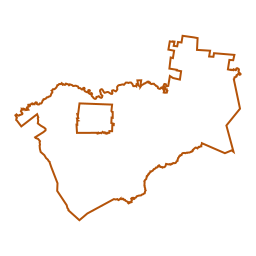 Linares, Nuevo León, Mexico
{"feature_id": "50627088B38143273708345", "entity_name": "Linares", "entity_type": "district", "adm_level": 2, "iso_a3": "MEX", "parent_name": "Mexico", "parent_adm1": "Nuevo León", "projection": "mercator", "projection_center": [-99.477, 24.853], "detail": "fine", "context": "isolated", "style": "outline", "palette": "amber", "viewbox_px": 256, "rotation_deg": 0, "n_neighbors": 0, "source": "geoboundaries", "source_scale": "gbopen_adm2", "svg_char_len": 5713}
<svg xmlns="http://www.w3.org/2000/svg" viewBox="0 0 256 256"><path d="M168.4,49.6L174.1,50.7L172.9,58.1L170.7,57.5L169.4,68.6L176.8,69.8L176.7,70.4L181.1,71.2L179.9,79.6L173.0,78.0L169.9,76.0L168.1,86.7L168.0,86.3L166.4,86.0L165.8,84.2L164.4,84.0L163.2,86.5L164.2,86.7L164.1,87.5L165.4,87.5L165.3,89.4L166.8,89.4L166.7,90.8L167.3,90.9L166.8,92.6L164.5,92.7L163.7,92.5L164.1,90.9L163.4,89.5L163.9,89.5L164.0,88.5L162.3,88.4L161.5,88.0L161.2,87.6L159.9,88.9L158.5,88.5L157.9,88.0L157.8,87.0L157.4,86.4L156.2,86.1L155.9,85.5L154.3,84.4L154.0,83.8L152.9,83.7L151.8,84.1L150.4,83.7L150.1,83.4L150.1,82.7L148.9,82.7L149.0,81.9L148.7,81.6L147.3,81.7L146.9,82.4L145.9,82.7L145.3,83.3L144.3,83.4L144.0,83.9L142.1,84.9L141.2,85.7L140.4,86.9L140.4,85.5L141.2,80.3L137.4,80.4L138.2,85.1L137.3,84.3L136.6,84.1L136.3,86.3L135.6,85.8L134.2,86.2L133.3,86.1L132.3,83.9L130.9,82.5L129.2,82.6L128.4,83.0L127.4,82.6L125.9,82.6L123.9,84.8L123.0,84.4L122.1,84.5L119.8,85.1L119.3,85.0L118.1,85.6L117.1,87.0L117.3,89.5L116.0,91.3L115.8,91.4L113.4,90.2L112.2,90.5L112.0,90.9L112.4,93.2L112.0,93.9L111.1,93.9L108.3,92.1L107.3,92.0L104.6,92.8L104.1,92.4L102.3,89.5L101.7,89.2L101.0,89.4L100.2,90.1L100.0,91.1L100.7,92.9L100.8,94.2L102.4,95.8L102.0,97.3L101.4,97.8L100.7,97.7L99.7,97.2L99.4,96.6L98.7,96.2L97.5,96.8L96.5,96.9L96.1,98.4L95.7,98.8L95.0,98.9L93.7,98.2L93.0,97.2L91.8,96.0L91.5,95.0L92.1,94.0L91.6,93.1L91.1,93.0L90.2,94.0L89.6,93.8L88.7,93.1L88.9,91.6L89.9,90.8L89.5,90.1L88.5,90.1L87.7,92.0L87.0,92.2L85.2,91.4L84.6,90.8L84.2,89.6L84.6,88.5L84.3,87.9L83.9,87.8L83.1,88.2L82.8,89.4L81.9,89.5L80.1,88.1L78.6,88.1L78.1,86.6L75.8,85.7L73.1,86.0L72.1,85.1L69.7,84.3L69.4,84.4L69.2,85.2L69.0,85.3L68.3,84.4L65.9,83.6L65.6,83.9L65.6,84.5L65.2,84.8L64.2,84.8L63.4,84.2L62.7,84.7L61.7,83.2L60.8,84.1L59.2,84.0L58.2,85.1L57.4,85.1L56.7,86.9L55.7,88.2L54.4,89.2L53.0,89.2L52.7,89.5L52.3,90.3L51.7,90.6L52.3,91.3L52.3,92.6L51.5,93.3L50.6,95.8L49.8,96.4L48.5,96.7L47.9,97.3L46.7,97.4L45.8,98.6L44.6,99.1L43.6,99.2L43.4,100.0L42.7,100.4L42.0,102.4L41.3,103.4L40.7,103.6L39.8,103.4L38.9,104.5L37.6,104.4L36.9,104.0L36.8,102.6L35.9,102.3L35.3,102.7L34.6,104.2L34.0,103.9L33.1,104.3L32.8,103.6L32.3,103.4L31.9,103.9L31.4,103.8L31.1,104.2L30.2,104.6L30.1,105.3L29.3,104.7L28.3,104.8L28.3,105.4L28.8,106.6L27.0,107.4L26.8,107.9L27.0,108.9L27.8,108.7L28.4,109.7L26.4,110.0L25.7,109.7L25.2,110.0L24.8,109.1L23.5,108.7L23.5,109.3L23.2,109.6L22.6,109.2L22.2,109.5L21.7,109.1L21.7,110.1L21.3,110.3L20.9,111.3L22.4,113.3L22.4,113.6L21.9,113.9L22.0,114.3L19.8,115.1L19.5,115.0L18.8,115.7L17.8,115.4L16.7,114.6L16.6,115.2L15.8,115.0L15.4,115.3L16.9,117.8L16.5,118.2L16.2,120.0L17.0,120.7L21.3,126.4L37.1,114.2L38.3,117.5L37.8,118.1L38.2,120.6L37.8,123.4L40.7,125.6L44.4,127.8L45.6,129.0L45.5,130.4L43.3,132.2L35.1,137.3L35.6,138.0L38.1,138.9L40.0,141.2L39.6,142.1L40.0,144.9L39.6,145.5L39.9,148.9L40.7,152.0L44.3,155.1L46.1,158.1L47.8,159.6L48.6,161.0L49.7,162.0L49.6,162.3L51.3,167.2L57.5,183.2L57.2,190.9L66.7,205.2L67.4,208.0L68.5,209.5L68.4,210.3L79.4,220.2L87.3,213.5L113.9,199.1L115.7,199.5L117.4,199.1L118.1,199.9L118.6,200.1L120.6,198.5L120.6,199.1L122.3,199.2L122.7,198.7L123.3,198.8L123.9,199.8L125.0,199.9L125.4,200.7L128.5,202.2L128.6,202.5L128.2,203.0L128.6,203.4L129.3,203.0L129.7,202.2L130.6,202.5L131.6,202.0L131.2,201.3L131.9,200.3L131.2,198.6L132.0,197.9L133.4,197.8L133.8,198.2L133.6,198.9L133.9,199.1L134.4,198.8L134.5,198.1L136.1,197.4L136.7,196.3L138.8,195.6L141.0,195.4L142.1,194.5L143.2,194.2L144.0,193.5L144.7,193.3L145.1,191.2L145.7,190.3L145.1,189.4L145.2,188.3L144.7,187.2L144.7,185.9L144.4,185.7L144.6,182.5L144.4,181.7L144.6,181.7L144.6,181.1L145.0,180.1L146.2,179.0L146.6,177.3L147.0,176.7L146.7,176.3L146.8,176.0L147.9,175.3L148.2,174.3L148.8,174.2L149.0,173.5L149.5,173.2L149.6,172.7L151.0,171.7L150.8,171.4L151.5,171.3L152.7,170.7L153.8,169.1L154.4,169.1L155.7,168.1L155.9,167.6L157.0,167.5L157.8,166.5L158.4,166.5L158.3,165.8L159.1,165.3L160.6,167.0L161.1,166.9L162.3,167.5L162.5,167.1L163.9,167.3L165.0,166.7L165.5,166.0L166.1,163.9L168.4,164.4L169.7,164.1L170.2,164.7L170.7,164.6L171.6,164.1L171.6,163.8L172.4,163.8L173.2,163.0L174.3,163.2L175.5,163.0L176.2,162.2L176.5,161.4L177.6,160.8L177.5,159.9L177.7,159.7L178.1,158.0L178.7,157.6L179.1,156.3L180.1,155.9L180.3,155.1L181.5,155.1L181.8,154.1L182.5,153.2L184.1,152.9L185.3,153.2L186.5,152.7L187.2,152.9L187.6,152.6L189.7,152.5L191.0,151.7L191.6,151.8L192.4,151.2L192.4,150.8L192.7,150.8L192.9,149.9L193.3,149.8L193.6,149.2L195.5,147.6L196.3,147.7L197.5,148.4L198.6,146.9L199.5,147.1L200.4,146.3L201.3,146.3L201.3,145.0L201.8,144.2L201.9,143.2L224.9,153.2L231.6,150.4L233.5,151.8L226.4,125.5L240.0,108.7L233.8,79.2L234.3,78.8L234.5,77.3L236.4,76.7L236.7,76.1L236.4,75.4L236.6,75.1L237.4,74.8L238.3,73.7L238.7,73.7L238.9,74.3L239.7,74.8L240.5,74.4L240.6,74.0L238.7,72.0L238.5,71.3L238.9,70.2L238.9,69.3L237.6,68.3L237.0,68.2L236.3,68.6L236.3,69.8L235.7,70.2L233.6,69.3L233.3,70.2L231.1,69.7L231.0,70.0L227.9,69.4L229.4,59.9L233.2,60.2L234.4,54.9L214.0,53.2L213.4,56.8L209.1,56.5L210.1,50.7L197.0,49.9L197.6,38.1L193.9,37.4L182.6,35.8L181.5,42.5L178.0,42.0L177.2,46.3L173.7,45.9L174.5,41.6L172.8,41.4L172.7,41.8L169.8,41.4L168.4,49.6ZM79.5,103.4L112.1,104.6L111.4,111.0L112.0,111.9L112.7,112.0L112.7,117.8L111.6,117.6L111.3,123.0L113.8,123.8L113.7,125.2L112.3,125.2L112.1,131.2L109.4,131.1L109.3,132.8L107.5,132.8L107.5,133.4L106.6,133.7L105.4,133.4L105.4,132.6L105.0,132.4L104.3,132.3L103.7,132.8L102.6,131.9L101.4,133.2L100.3,132.8L99.1,133.2L98.4,132.7L97.7,133.6L97.4,133.5L97.5,132.8L77.0,132.9L76.5,124.7L77.3,124.8L77.2,120.8L78.0,120.6L77.4,120.2L76.9,118.4L78.3,118.1L77.4,114.6L78.0,114.9L79.5,103.4Z" fill="none" stroke="#b45309" stroke-width="2"/></svg>